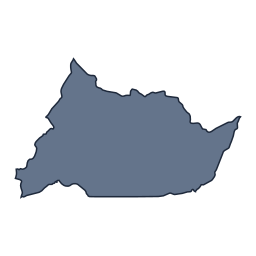 Adamaoua, Robinson projection
{"feature_id": "CMR-1482", "entity_name": "Adamaoua", "entity_type": "Province", "adm_level": 1, "iso_a3": "CMR", "parent_name": "Cameroon", "parent_adm1": "", "projection": "robinson", "projection_center": [13.021, 7.091], "detail": "fine", "context": "isolated", "style": "filled", "palette": "slate", "viewbox_px": 256, "rotation_deg": 0, "n_neighbors": 0, "source": "natural_earth", "source_scale": "10m", "svg_char_len": 4112}
<svg xmlns="http://www.w3.org/2000/svg" viewBox="0 0 256 256"><path d="M55.2,105.1L58.6,101.3L60.1,98.8L61.0,98.1L61.7,97.4L61.9,96.1L61.1,92.4L61.0,91.1L61.2,89.7L61.6,88.4L63.6,84.3L69.1,75.7L71.2,73.2L71.5,72.3L71.3,71.2L71.0,69.7L70.7,67.3L70.7,64.8L71.0,63.3L73.2,59.7L73.5,58.8L74.1,59.5L76.5,63.2L87.1,74.0L88.4,74.8L89.6,75.2L91.0,75.5L93.1,75.5L93.8,75.6L94.7,75.9L95.2,76.6L96.4,78.7L96.5,79.4L96.5,80.0L96.2,80.6L95.8,81.1L95.6,81.8L95.8,83.2L95.9,85.1L96.3,86.2L96.8,86.8L97.5,87.3L98.8,87.8L99.5,88.0L100.1,88.1L101.5,88.9L102.4,89.9L106.9,91.3L115.8,92.8L116.6,93.1L121.3,95.9L122.2,96.2L122.9,96.2L124.2,96.0L125.5,95.5L127.0,95.3L130.0,95.4L130.3,94.7L130.5,92.2L130.6,91.4L130.8,90.9L131.4,90.2L131.7,89.5L132.3,89.1L136.2,90.1L137.8,91.3L138.3,92.1L139.3,93.1L140.2,93.6L141.4,94.2L144.3,96.4L145.1,96.6L145.7,96.3L146.4,95.4L146.9,95.0L148.9,94.2L149.5,93.8L150.9,92.9L151.6,92.6L152.6,92.3L153.4,92.4L154.8,92.9L155.4,93.0L156.1,92.9L162.4,91.3L163.7,91.2L164.3,91.3L165.0,92.1L165.1,94.9L165.5,95.4L166.1,96.0L167.6,96.4L177.2,97.6L177.8,97.9L178.2,98.3L178.6,100.6L178.8,101.3L179.1,101.8L179.5,102.2L181.8,104.2L182.4,104.9L182.7,105.4L182.8,106.4L183.9,108.5L186.8,112.1L187.8,112.9L188.5,113.4L189.3,114.1L190.2,116.2L190.4,119.6L190.3,120.4L190.1,121.3L190.2,122.2L190.6,122.8L191.2,123.2L191.9,123.3L193.3,123.4L197.3,123.0L198.0,123.1L198.8,123.3L199.7,124.0L200.3,124.8L200.8,125.8L201.2,126.6L202.5,128.9L206.0,129.6L206.8,131.0L207.2,131.4L207.9,131.9L208.6,132.2L209.3,132.2L209.9,132.1L210.5,131.9L211.2,131.6L211.9,131.2L216.0,128.4L227.6,122.6L228.4,122.3L229.3,122.2L230.2,122.2L231.5,122.0L232.3,121.7L233.1,121.1L236.5,117.7L237.8,116.9L238.7,116.6L239.4,116.5L240.0,116.6L240.5,116.8L239.4,118.1L238.3,121.1L237.6,122.5L237.3,123.2L237.3,123.8L237.5,127.5L237.4,128.1L236.9,128.8L235.6,129.4L235.1,129.8L234.5,130.9L234.1,132.0L233.3,135.9L231.4,141.4L230.3,144.0L229.3,146.9L228.9,147.8L228.2,148.4L224.9,150.3L224.0,151.0L223.2,152.0L222.7,153.5L216.3,169.8L214.9,171.9L214.8,172.6L215.0,174.1L215.1,174.8L214.9,175.5L214.4,176.7L212.3,179.7L211.4,180.5L203.5,184.8L201.2,184.7L200.7,185.7L199.9,186.9L198.3,188.7L197.4,189.0L196.2,190.4L195.4,191.2L195.5,191.4L195.5,191.7L195.4,191.7L194.2,191.0L193.3,189.6L192.8,189.4L192.3,189.6L191.9,190.0L191.6,190.3L191.4,190.9L191.0,191.4L190.3,191.7L187.4,191.9L182.2,193.4L179.3,193.8L174.7,194.5L173.7,194.3L170.9,193.2L170.0,193.1L169.2,193.3L163.4,195.8L158.3,196.5L136.4,196.7L109.5,196.7L95.2,196.7L89.5,196.6L88.2,196.0L88.0,195.5L87.6,194.9L86.6,193.8L86.4,193.4L86.2,192.8L86.1,192.2L85.8,191.5L85.4,190.9L84.9,190.2L77.8,184.4L76.9,184.0L75.7,183.7L73.7,183.7L72.5,184.0L71.6,184.4L70.3,185.3L69.7,185.7L69.0,185.9L68.4,186.1L67.2,186.1L65.7,186.0L64.8,185.7L64.0,185.4L62.8,184.6L61.5,183.6L59.7,181.4L59.4,180.9L59.1,180.4L57.6,180.5L57.0,180.8L56.9,181.0L57.0,181.9L57.0,182.1L56.5,182.2L56.3,182.1L56.1,181.8L55.7,181.6L55.2,181.9L54.5,183.1L53.8,183.4L53.0,183.5L52.6,183.7L52.4,184.0L52.1,184.3L51.0,184.4L49.8,184.4L48.7,184.5L47.7,185.3L46.6,186.3L44.5,187.9L41.8,190.7L40.5,191.5L40.0,191.8L39.1,192.3L26.6,195.5L24.6,196.6L23.5,196.9L22.6,196.6L22.0,196.6L21.1,197.2L21.4,195.9L22.3,193.3L22.3,192.2L22.0,190.8L21.1,188.2L20.8,186.7L20.6,185.6L20.8,184.2L20.9,183.5L21.5,182.1L21.6,181.4L21.4,180.7L20.5,180.0L19.8,179.6L15.4,178.4L15.9,176.9L16.5,174.2L16.5,172.4L16.2,169.2L17.8,169.0L18.1,169.1L18.7,169.6L19.1,169.6L19.5,169.5L20.1,168.9L20.3,168.7L20.9,168.8L22.1,169.1L22.7,169.2L24.1,168.8L25.5,168.0L26.6,166.9L26.9,165.4L27.3,162.8L28.1,160.7L29.6,159.3L31.8,159.1L33.3,158.1L34.6,156.1L36.2,151.8L36.5,150.1L36.7,148.4L36.4,147.3L35.2,145.7L34.8,144.8L35.2,143.1L36.2,141.5L39.6,138.0L42.8,135.7L43.0,135.4L43.2,134.5L43.4,134.2L43.7,134.2L44.3,134.2L44.9,134.1L45.7,134.0L46.1,133.9L46.4,133.4L46.5,132.8L46.7,132.2L47.5,131.6L49.9,129.2L50.5,128.7L51.3,128.5L51.9,128.6L52.4,128.8L52.9,129.0L53.4,128.7L53.9,127.3L53.2,125.7L51.1,123.0L48.3,118.5L47.5,117.8L46.2,117.5L45.9,117.1L46.3,116.6L47.3,115.7L48.4,114.5L51.9,108.7L55.2,105.1Z" fill="#64748b" stroke="#1e293b" stroke-width="1.5"/></svg>